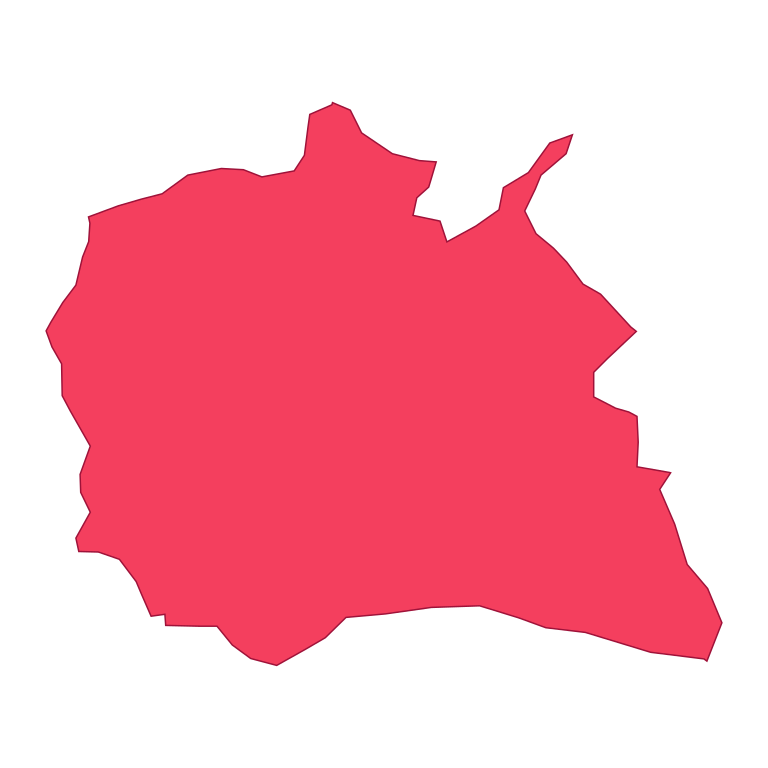 Souskiou, Paphos, Cyprus
{"feature_id": "46923920B5461634055818", "entity_name": "Souskiou", "entity_type": "district", "adm_level": 2, "iso_a3": "CYP", "parent_name": "Cyprus", "parent_adm1": "Paphos", "projection": "mercator", "projection_center": [32.607, 34.737], "detail": "fine", "context": "isolated", "style": "filled", "palette": "rose", "viewbox_px": 768, "rotation_deg": 0, "n_neighbors": 0, "source": "geoboundaries", "source_scale": "gbopen_adm2", "svg_char_len": 1301}
<svg xmlns="http://www.w3.org/2000/svg" viewBox="0 0 768 768"><path d="M706.9,661.1L721.9,622.8L707.6,588.5L687.2,564.5L674.7,524.2L659.7,489.4L670.6,472.8L669.6,472.5L637.0,466.8L638.2,442.2L637.0,416.4L628.8,412.0L615.6,408.2L593.7,396.9L593.7,372.3L607.5,358.5L636.3,331.4L630.7,326.9L600.6,294.2L583.0,284.1L566.7,262.1L553.5,248.2L536.0,233.7L524.7,211.0L535.3,189.0L541.0,175.1L566.1,153.7L572.4,134.8L549.8,143.0L528.4,172.6L503.4,187.7L499.0,209.8L475.8,226.1L446.9,241.9L440.0,221.1L413.0,215.4L416.8,197.8L428.7,187.1L431.0,179.5L436.2,161.9L419.3,160.6L392.3,153.7L361.6,132.9L350.3,110.2L332.5,102.6L331.9,104.8L309.8,114.4L308.0,127.1L304.4,155.3L294.2,170.9L261.9,176.9L243.4,169.7L221.3,168.5L187.8,175.1L162.1,193.8L141.1,199.2L118.4,205.8L88.5,216.9L89.9,223.2L88.7,241.6L82.6,257.0L75.9,285.1L62.8,302.5L50.8,322.3L46.1,330.9L52.0,347.0L61.6,363.8L62.2,395.7L70.5,411.3L90.3,446.1L80.1,474.4L80.7,492.4L90.3,512.2L75.9,538.1L78.8,551.5L98.3,552.0L119.4,559.3L136.2,581.6L141.2,593.5L151.1,616.2L164.9,614.3L165.7,625.4L200.1,626.2L217.0,626.2L232.3,645.0L250.7,658.5L276.7,665.4L304.7,649.7L325.3,637.7L346.0,617.4L385.4,613.9L431.4,607.4L479.6,605.8L518.3,617.7L545.8,627.7L585.3,632.4L650.7,652.3L703.9,658.9L706.9,661.1Z" fill="#f43f5e" stroke="#9f1239" stroke-width="1.5"/></svg>